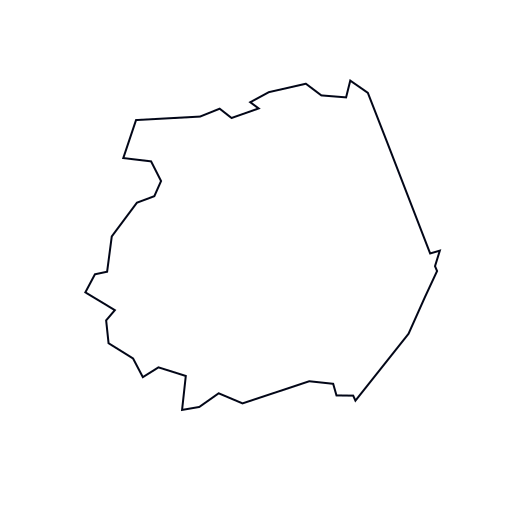 Union, Tennessee, United States of America (Natural Earth projection), rotated 247°
{"feature_id": "52423323B38749584273521", "entity_name": "Union", "entity_type": "district", "adm_level": 2, "iso_a3": "USA", "parent_name": "United States of America", "parent_adm1": "Tennessee", "projection": "natural_earth1", "projection_center": [-83.834, 36.298], "detail": "fine", "context": "isolated", "style": "outline", "palette": "ink", "viewbox_px": 512, "rotation_deg": 247, "n_neighbors": 0, "source": "geoboundaries", "source_scale": "gbopen_adm2", "svg_char_len": 699}
<svg xmlns="http://www.w3.org/2000/svg" viewBox="0 0 512 512"><g transform="rotate(247 256 256)"><path d="M89.5,290.9L84.0,291.0L124.8,366.0L152.3,395.6L171.4,416.8L176.7,416.8L189.1,427.3L190.3,417.3L307.9,421.1L362.5,422.7L380.6,411.3L366.8,400.9L378.3,378.9L395.1,369.2L401.8,331.9L399.8,310.8L390.8,316.1L392.6,287.4L405.8,280.1L406.2,259.0L428.0,198.7L398.0,172.1L384.1,196.4L362.1,197.9L350.8,185.8L351.6,167.2L330.4,130.9L299.7,112.8L302.1,100.6L289.2,84.7L261.3,104.9L255.3,92.9L233.3,86.2L209.7,102.8L188.7,104.5L191.6,122.7L173.0,144.5L143.2,127.8L139.2,144.8L144.2,168.0L125.6,186.0L119.9,256.1L108.2,277.1L96.2,275.6L89.5,290.9Z" fill="none" stroke="#020617" stroke-width="2"/></g></svg>